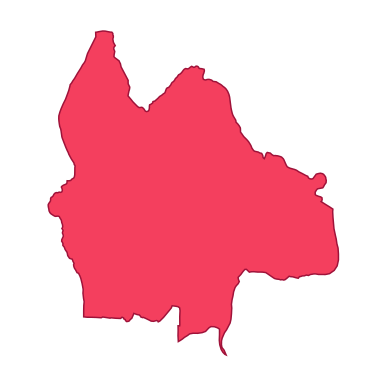 Pursat, Pouthisat, Cambodia, rotated 178°
{"feature_id": "14789045B81185563432345", "entity_name": "Pursat", "entity_type": "district", "adm_level": 2, "iso_a3": "KHM", "parent_name": "Cambodia", "parent_adm1": "Pouthisat", "projection": "robinson", "projection_center": [103.921, 12.468], "detail": "fine", "context": "isolated", "style": "filled", "palette": "rose", "viewbox_px": 384, "rotation_deg": 178, "n_neighbors": 0, "source": "geoboundaries", "source_scale": "gbopen_adm2", "svg_char_len": 5998}
<svg xmlns="http://www.w3.org/2000/svg" viewBox="0 0 384 384"><g transform="rotate(178 192 192)"><path d="M51.4,150.4L52.0,161.8L52.1,167.4L51.8,170.0L55.0,172.3L58.5,174.6L63.3,177.9L62.7,178.4L62.2,179.8L62.3,181.7L63.5,182.6L65.7,183.3L68.0,184.3L68.9,185.1L68.9,187.5L67.5,189.7L66.4,190.8L61.2,191.6L60.4,192.6L59.4,194.4L57.7,196.6L57.4,199.1L57.7,200.2L57.9,202.1L58.7,203.5L59.9,205.1L61.1,205.8L63.0,206.3L65.1,206.0L67.2,205.5L70.7,201.1L72.1,200.8L73.8,201.1L75.1,202.0L75.8,203.7L77.8,204.6L81.0,206.5L84.5,208.4L86.8,210.1L88.6,210.9L93.6,212.5L95.9,213.8L96.8,215.4L97.8,217.8L99.0,220.9L99.6,222.0L101.3,223.8L102.7,224.4L104.9,225.1L107.4,225.5L109.2,225.5L111.0,226.7L112.3,228.1L115.4,228.9L116.5,227.8L117.5,224.9L118.6,222.8L119.7,223.8L120.0,226.0L120.5,227.2L121.1,228.2L122.6,228.6L123.5,229.0L124.1,229.5L125.9,230.0L128.2,230.6L129.2,231.6L130.6,233.8L131.4,236.1L132.2,237.7L133.8,240.4L135.4,242.4L138.3,245.5L139.3,247.0L140.3,248.6L141.4,250.1L141.4,253.7L141.5,254.5L142.6,256.6L144.1,258.7L145.5,260.1L145.6,260.9L145.8,262.3L147.8,265.9L148.6,267.7L149.1,269.5L149.7,272.4L150.1,274.8L151.1,285.6L151.7,288.3L152.9,291.4L154.4,293.8L155.7,295.2L157.6,296.7L158.6,297.7L159.9,298.7L161.0,299.3L164.0,301.3L167.0,301.8L167.9,302.5L168.4,303.1L170.7,303.9L171.9,304.0L173.1,303.9L174.4,303.5L175.2,303.6L176.7,304.2L177.2,306.2L177.1,307.3L176.7,309.0L176.1,310.2L175.4,312.6L175.6,314.2L178.0,314.9L180.4,315.2L181.5,317.0L182.6,317.6L183.7,317.6L185.1,316.6L186.1,316.5L186.8,317.1L188.0,317.6L189.3,316.8L190.4,315.9L191.3,315.4L192.3,315.2L193.5,315.5L194.2,315.6L195.5,314.9L196.3,314.1L198.2,311.7L199.1,310.9L200.0,310.2L201.3,309.6L202.0,308.7L202.6,307.7L204.1,306.4L204.7,305.8L205.4,304.5L206.4,303.3L207.3,302.6L208.0,302.2L208.7,301.3L209.5,299.7L211.7,297.3L212.9,297.0L213.8,296.4L214.6,294.7L215.1,293.3L215.7,292.0L217.5,290.9L219.0,289.7L221.0,288.6L222.9,286.7L226.1,284.1L226.9,284.0L227.9,283.7L228.1,282.5L229.0,281.8L229.6,281.4L230.3,281.0L231.3,280.6L231.6,279.3L231.6,278.2L231.8,276.8L232.0,276.0L232.2,275.3L232.8,274.5L234.4,273.9L235.8,274.4L237.1,276.6L238.4,278.0L239.2,278.4L241.9,278.2L242.8,278.8L243.8,279.7L246.3,282.4L248.1,284.4L249.6,286.5L252.6,290.3L252.1,292.7L251.5,295.1L251.0,296.4L250.6,298.3L250.6,299.2L251.1,300.2L252.0,302.3L252.0,304.5L251.9,305.8L258.5,319.5L259.1,322.9L259.7,324.0L260.3,325.6L263.4,328.1L264.4,328.9L265.3,330.0L265.0,332.1L264.3,335.1L264.8,336.7L265.2,337.4L265.1,338.9L264.5,340.0L263.6,340.9L265.1,343.8L265.4,344.8L265.6,346.5L265.8,347.6L265.2,349.5L265.2,350.9L265.6,351.8L265.6,353.3L266.5,354.5L267.7,354.6L269.2,354.9L273.0,355.8L275.6,356.0L279.5,355.5L281.5,355.1L282.7,355.0L282.7,350.4L291.5,334.2L292.4,331.7L293.3,329.0L294.1,326.7L295.0,325.2L297.0,322.7L298.9,319.5L302.2,314.7L305.4,309.6L307.3,307.1L308.5,305.2L310.0,303.5L310.3,302.1L311.6,297.8L313.0,294.3L315.2,289.0L317.6,284.6L319.8,280.0L321.3,276.3L322.4,272.8L322.6,269.8L322.5,267.4L322.2,264.4L321.9,262.1L321.0,259.5L320.7,257.4L320.1,251.7L319.7,250.2L318.2,245.8L316.6,241.2L315.3,237.9L314.3,235.7L313.8,234.1L312.7,231.8L311.4,229.2L309.0,225.2L308.7,223.4L308.1,222.8L308.0,221.4L308.2,220.6L308.4,216.4L308.6,213.2L309.1,211.1L309.7,210.1L311.7,209.0L312.8,207.8L313.7,207.6L315.4,207.5L316.4,207.6L316.7,205.3L317.1,204.6L318.3,204.0L320.3,203.3L322.2,202.0L322.3,201.1L321.9,200.4L321.6,199.1L321.6,197.7L322.2,196.6L323.3,196.2L324.4,196.5L325.2,196.4L326.2,195.9L327.1,196.1L327.9,196.1L329.2,195.5L330.1,194.5L330.9,193.0L331.9,192.0L333.0,191.5L333.5,190.5L333.6,189.0L333.8,187.9L334.4,187.0L335.2,186.0L336.1,184.6L336.2,183.2L336.0,181.5L335.7,180.0L335.5,178.1L334.7,176.3L333.8,175.2L331.3,173.4L329.9,172.6L328.9,172.4L327.7,172.6L326.5,172.5L325.5,172.1L324.8,170.5L323.8,168.9L323.4,167.4L323.3,166.2L322.9,164.9L322.6,164.1L322.4,162.1L322.7,161.0L323.3,160.0L322.5,158.8L322.2,157.9L322.6,156.9L322.9,156.1L322.9,155.3L322.4,154.1L322.1,152.4L323.8,148.9L324.0,147.4L323.5,146.6L322.8,145.1L322.9,143.1L321.5,141.2L320.9,139.2L320.1,137.8L319.2,136.5L318.8,135.3L318.4,132.7L316.7,130.0L315.5,129.5L314.0,129.0L313.4,126.9L312.8,125.7L312.4,124.6L312.9,123.4L312.6,121.4L312.0,119.7L311.1,118.3L309.7,115.4L308.2,114.7L306.9,111.8L306.1,109.4L305.0,104.2L304.6,101.5L304.2,98.7L304.2,97.7L304.5,94.7L304.1,89.5L303.6,86.2L304.1,82.3L304.4,76.9L304.6,71.0L301.1,70.5L296.4,70.3L292.1,70.0L287.1,69.5L285.6,70.2L282.4,69.6L278.2,68.8L277.4,69.1L272.8,68.5L267.8,68.1L266.3,69.3L264.8,68.6L264.6,67.6L263.1,66.8L263.0,65.9L261.9,64.8L260.4,64.9L259.1,65.4L258.2,66.7L256.6,67.8L254.9,71.4L254.4,72.7L253.1,72.2L251.4,71.5L248.8,70.9L248.1,70.0L247.5,68.9L245.8,68.2L245.0,68.4L242.7,67.3L238.9,65.3L237.4,64.4L234.9,64.1L231.9,64.8L230.7,64.3L230.3,63.4L228.7,64.1L224.8,67.7L219.0,74.2L216.7,76.9L215.8,79.0L212.2,78.4L210.0,77.9L208.4,76.7L208.1,73.8L208.6,67.6L208.8,59.8L209.0,58.7L210.6,58.8L210.7,54.0L211.0,48.9L210.9,43.0L209.0,44.0L206.7,45.4L204.6,47.0L201.4,48.8L199.3,50.3L195.8,50.8L191.3,50.6L186.7,51.1L183.3,52.2L179.9,55.6L177.9,56.8L174.4,56.6L171.3,55.4L169.3,54.0L169.5,48.4L169.9,42.9L169.6,38.4L168.3,33.5L166.7,30.7L164.8,28.6L163.6,28.0L165.4,32.7L167.5,35.6L167.9,38.3L167.7,42.2L166.9,45.0L164.5,50.1L162.2,53.2L158.5,59.7L157.5,63.5L156.8,69.0L156.5,72.7L156.3,74.5L156.5,78.4L155.7,83.0L154.7,86.7L153.9,90.8L152.3,95.0L151.0,96.8L149.1,98.7L147.9,100.8L148.7,103.2L148.9,105.1L146.1,107.8L144.0,110.5L141.9,112.8L140.3,112.8L137.5,109.9L135.6,110.2L133.1,110.2L129.2,109.7L124.4,109.5L121.1,108.9L118.6,107.1L115.5,104.8L112.6,102.7L110.7,102.1L108.1,101.7L106.4,101.1L105.1,101.3L103.3,100.8L101.9,101.2L99.9,102.7L97.9,104.4L96.7,104.0L94.2,103.7L91.2,102.7L88.8,102.1L87.5,103.7L86.4,103.7L84.7,104.3L82.7,104.3L80.5,105.0L78.5,104.5L76.6,105.4L72.9,105.9L71.2,105.8L68.5,105.2L61.6,104.9L57.4,105.6L52.6,108.7L49.5,113.1L48.0,119.0L47.8,124.9L48.0,130.9L49.0,135.2L49.5,139.9L50.2,143.5L51.4,150.4Z" fill="#f43f5e" stroke="#9f1239" stroke-width="1.5"/></g></svg>